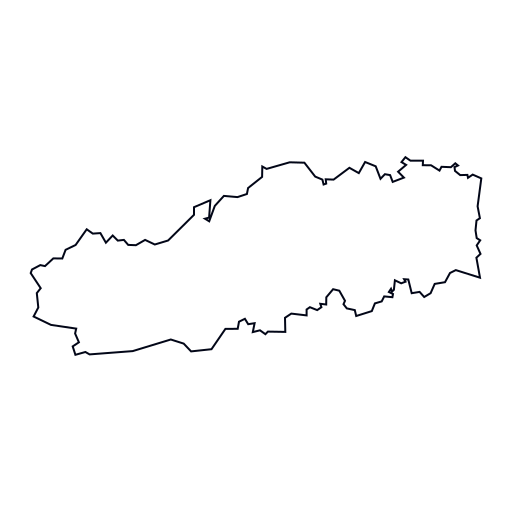 the district of Yali, Antioquia, Colombia
{"feature_id": "7082276B99209439763300", "entity_name": "Yali", "entity_type": "district", "adm_level": 2, "iso_a3": "COL", "parent_name": "Colombia", "parent_adm1": "Antioquia", "projection": "orthographic", "projection_center": [-74.75, 6.718], "detail": "medium", "context": "isolated", "style": "outline", "palette": "ink", "viewbox_px": 512, "rotation_deg": 0, "n_neighbors": 0, "source": "geoboundaries", "source_scale": "gbopen_adm2", "svg_char_len": 1904}
<svg xmlns="http://www.w3.org/2000/svg" viewBox="0 0 512 512"><path d="M86.7,229.3L75.6,245.0L65.6,249.8L62.3,258.5L53.3,258.4L45.0,266.1L40.3,265.1L32.0,269.5L30.7,273.1L40.7,288.2L36.8,293.1L38.3,307.5L33.6,316.5L51.0,324.9L76.2,328.6L75.1,333.5L78.9,342.3L72.7,346.4L75.4,354.8L85.4,352.0L89.6,354.4L132.7,351.1L170.8,339.5L183.7,343.6L191.1,351.4L211.5,349.2L225.4,328.9L237.7,328.8L239.0,321.7L244.9,318.8L248.2,324.2L254.6,323.2L252.8,332.1L260.0,330.3L265.4,334.2L267.9,331.6L285.3,331.9L285.0,317.8L291.3,313.6L306.6,315.4L306.6,309.5L309.9,307.2L317.2,310.1L321.4,307.2L320.3,303.8L326.2,304.5L326.3,297.3L333.1,289.2L339.3,290.7L345.0,300.8L343.5,304.2L346.8,308.4L354.8,310.1L356.2,316.0L371.8,311.1L374.9,303.4L381.7,301.4L384.2,296.4L392.4,297.2L393.0,294.0L388.9,292.0L391.0,288.8L392.0,291.6L393.9,289.8L394.9,280.3L401.2,283.3L405.5,281.7L404.1,279.2L408.3,279.5L411.7,293.2L419.6,291.9L424.2,297.0L430.6,293.2L434.7,283.9L445.0,282.2L450.0,273.0L455.8,270.1L480.0,277.7L476.4,257.7L480.5,253.9L476.7,245.4L480.2,240.3L476.7,238.1L475.5,230.4L476.5,220.5L479.9,218.2L477.6,206.3L481.3,178.4L472.7,174.6L468.0,177.8L467.4,174.9L460.2,175.1L455.0,170.9L454.5,167.1L458.0,165.5L455.3,163.3L450.9,167.2L441.5,166.8L439.5,170.6L431.1,165.3L422.8,165.2L423.0,160.7L410.5,160.7L405.4,157.2L401.5,162.1L406.1,164.9L398.1,171.7L403.9,177.6L392.7,181.9L390.1,175.1L384.9,174.2L380.5,178.8L375.7,166.3L365.1,162.0L358.8,173.1L349.4,167.8L333.6,179.6L325.7,179.3L326.2,183.6L323.6,184.5L322.4,179.6L315.2,176.6L304.4,162.7L289.7,162.3L266.6,168.9L262.3,166.5L262.1,176.9L248.1,188.0L246.9,194.0L237.5,197.1L223.9,195.9L214.8,205.9L209.2,221.3L205.0,218.7L209.1,217.6L210.4,200.2L194.0,207.2L194.0,214.8L168.1,240.5L154.8,244.5L145.1,239.9L135.9,245.2L128.2,244.9L123.9,239.9L117.8,240.6L112.7,235.5L105.9,242.7L100.4,233.1L92.8,233.6L86.7,229.3Z" fill="none" stroke="#020617" stroke-width="2"/></svg>